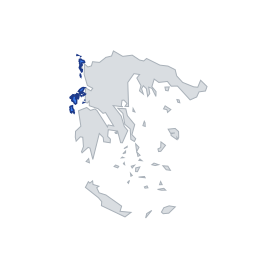 location of Ionion Nison, Ionioi Nisoi, Greece, rotated 33°
{"feature_id": "26713481B82557054028644", "entity_name": "Ionion Nison", "entity_type": "district", "adm_level": 2, "iso_a3": "GRC", "parent_name": "Greece", "parent_adm1": "Ionioi Nisoi", "projection": "orthographic", "projection_center": [20.46, 38.773], "detail": "medium", "context": "in_parent", "style": "filled", "palette": "blue", "viewbox_px": 256, "rotation_deg": 33, "n_neighbors": 0, "source": "geoboundaries", "source_scale": "gbopen_adm2", "svg_char_len": 5386}
<svg xmlns="http://www.w3.org/2000/svg" viewBox="0 0 256 256"><g transform="rotate(33 128 128)"><path d="M162.9,48.4L171.7,50.2L172.8,54.8L167.9,59.0L168.7,64.6L164.8,70.6L146.7,65.9L141.4,69.4L135.7,67.5L129.0,73.0L123.3,72.7L125.5,80.3L131.7,82.2L134.2,86.3L126.4,81.7L123.1,82.5L127.5,87.3L127.3,90.8L122.0,85.0L117.8,84.2L118.0,87.7L122.4,91.2L117.4,90.6L115.8,85.4L108.2,81.3L108.6,76.8L103.4,79.2L103.0,89.9L116.8,109.7L113.7,111.5L113.8,107.9L109.4,106.8L107.9,108.0L108.8,110.0L110.4,113.3L112.2,113.0L103.3,117.3L115.8,121.7L124.0,128.7L129.2,130.3L131.3,143.5L129.8,144.3L120.9,136.2L112.4,140.2L115.5,146.1L119.3,146.9L121.1,150.1L115.1,152.8L112.3,149.4L106.9,148.2L115.6,173.5L107.1,165.6L105.1,166.0L103.0,173.8L101.9,173.2L100.8,167.9L95.1,160.4L92.8,161.4L91.7,167.3L88.8,164.4L85.8,159.3L87.5,152.2L77.1,140.5L82.2,133.3L86.9,133.7L89.9,130.1L92.3,130.2L110.2,138.3L109.7,136.2L114.9,134.1L100.8,127.3L99.0,129.3L92.4,128.1L83.4,130.4L80.8,126.5L80.3,129.2L78.1,129.8L70.5,117.5L76.7,117.0L76.8,113.9L70.7,114.4L62.0,106.9L56.6,98.0L61.1,98.7L63.5,95.8L62.2,91.7L68.4,88.5L71.0,80.8L75.0,76.6L73.8,71.3L84.6,70.8L91.9,64.6L100.7,64.7L104.7,63.2L105.7,59.6L120.5,57.9L127.8,54.3L135.8,53.4L140.5,57.8L149.0,60.0L160.7,57.7L164.3,55.8L162.9,48.4ZM129.4,194.4L135.3,192.7L134.3,195.1L139.1,198.1L146.0,196.2L165.2,197.0L166.7,202.2L176.5,197.1L173.9,204.2L148.0,207.6L146.1,204.1L141.3,202.6L124.6,201.0L124.0,194.6L126.0,195.0L127.1,191.6L129.4,194.4ZM115.7,113.1L120.7,118.0L131.8,121.5L134.9,131.4L140.3,132.8L140.7,135.8L136.6,136.0L130.4,127.6L123.3,126.6L115.7,118.5L108.7,117.0L115.7,113.1ZM172.3,103.4L175.7,108.3L175.9,110.1L174.1,109.2L175.3,111.1L168.2,110.8L167.2,109.5L170.0,106.6L166.5,109.2L162.3,107.1L167.8,102.7L172.3,103.4ZM204.2,180.7L201.8,180.3L201.5,175.3L204.9,170.9L210.6,168.4L208.6,177.2L204.2,180.7ZM168.2,129.7L166.5,131.1L164.5,129.3L166.1,126.6L163.2,121.7L168.9,122.1L168.2,129.7ZM66.8,126.9L70.9,134.6L70.4,136.3L66.0,135.5L64.7,132.5L62.9,133.8L66.8,126.9ZM58.0,104.5L54.5,103.8L50.3,96.6L55.3,96.5L53.8,98.9L58.0,104.5ZM153.9,89.2L152.7,93.4L150.7,91.4L147.4,92.6L147.1,89.2L153.9,89.2ZM182.2,138.3L186.6,140.4L182.8,142.2L177.8,140.7L182.2,138.3ZM141.4,75.0L139.1,76.0L136.7,73.6L140.2,71.1L141.4,75.0ZM69.1,139.6L74.7,144.8L71.5,145.8L67.8,141.4L69.1,139.6ZM159.7,159.5L158.1,160.4L156.2,157.3L159.1,154.2L159.7,159.5ZM147.7,138.2L148.1,143.1L143.0,137.1L147.7,138.2ZM192.8,184.2L191.8,193.9L190.3,189.6L192.8,184.2ZM69.5,123.0L66.6,124.4L69.1,118.2L69.5,123.0ZM114.6,178.2L111.1,178.9L111.7,175.1L114.6,178.2ZM186.2,163.4L190.9,159.1L193.5,159.6L189.9,162.0L186.2,163.4ZM168.0,145.8L168.9,143.3L173.7,142.1L171.2,144.7L168.0,145.8ZM153.8,155.6L153.3,159.3L151.5,158.3L153.8,155.6ZM153.0,144.3L151.8,146.4L148.7,143.4L153.0,144.3ZM141.6,117.3L139.2,117.9L138.0,113.5L139.4,114.3L141.6,117.3ZM157.7,78.6L155.8,79.3L153.5,77.5L155.5,76.6L157.7,78.6ZM141.1,165.2L141.1,167.0L137.3,167.9L137.8,165.8L141.1,165.2ZM169.5,160.4L163.6,163.4L168.2,159.7L169.5,160.4ZM137.8,144.6L135.8,147.5L137.3,143.8L137.8,144.6ZM157.6,147.8L154.8,149.3L154.8,147.5L157.6,147.8ZM177.3,167.3L175.0,169.2L173.8,168.5L175.5,166.2L177.3,167.3ZM187.5,156.9L185.3,158.4L184.5,155.1L187.5,156.9ZM139.5,150.2L137.7,152.4L138.5,148.6L139.5,150.2ZM69.3,127.4L69.4,130.5L67.9,126.7L69.3,127.4ZM157.5,165.5L156.7,166.9L154.7,164.6L157.5,165.5ZM125.1,110.8L123.0,111.4L121.6,108.8L125.1,110.8ZM121.8,138.7L120.3,139.3L119.4,138.7L120.6,137.3L121.8,138.7ZM140.6,155.2L138.7,156.7L139.0,155.4L140.6,155.2ZM157.8,171.1L158.5,174.2L157.2,173.8L157.8,171.1ZM145.2,160.6L143.6,160.5L143.6,159.0L145.2,160.6Z" fill="#d9dde1" stroke="#a8b0b8" stroke-width="1"/><path d="M66.8,126.9L66.3,127.0L66.5,128.9L66.1,128.9L66.5,129.5L66.2,130.0L65.2,130.7L64.5,129.6L63.9,130.1L63.8,129.6L62.7,133.8L63.5,134.5L64.5,134.2L64.2,131.7L64.6,131.4L65.8,134.0L65.0,133.5L65.9,135.6L66.8,135.9L67.8,135.2L69.3,136.4L70.9,136.6L71.4,135.2L69.2,131.8L68.8,131.9L68.9,131.4L68.1,132.1L67.4,130.9L67.9,130.5L67.9,129.7L66.8,126.9ZM54.2,95.5L52.9,96.1L50.8,95.9L49.9,96.9L50.4,97.9L50.9,97.9L50.8,98.7L51.7,98.9L52.0,100.0L53.5,101.1L54.3,104.0L58.6,106.2L58.8,105.7L57.8,103.9L56.9,104.4L55.3,103.2L54.8,100.6L55.3,100.6L55.3,100.0L53.9,99.4L53.7,98.3L55.3,97.4L55.8,96.4L54.2,95.5ZM70.7,141.7L69.3,139.6L67.9,141.3L68.0,142.3L68.9,142.9L69.2,144.0L71.4,146.1L72.3,146.0L71.9,145.0L72.8,144.2L74.7,144.9L74.6,144.3L73.0,143.2L73.0,142.5L70.7,141.7ZM68.9,118.5L69.2,118.1L68.3,118.5L67.4,119.8L66.6,122.1L66.4,124.9L67.3,123.2L68.2,124.4L68.4,123.8L69.0,123.8L69.2,123.0L69.7,123.3L69.5,121.5L69.2,122.0L69.8,120.9L69.7,119.1L69.4,118.4L68.9,118.5ZM69.4,127.8L68.4,126.2L68.3,127.0L67.7,127.0L68.7,129.5L69.4,130.8L70.4,130.5L69.9,128.9L69.3,129.0L69.6,129.4L68.8,129.4L69.4,127.8ZM73.9,122.7L72.8,123.0L72.4,124.4L73.9,123.2L73.9,122.7ZM71.2,122.5L70.0,122.4L69.9,123.1L70.6,123.8L71.2,124.2L70.3,123.2L71.2,122.5ZM60.2,110.4L59.5,109.3L58.8,109.0L59.1,109.9L60.2,110.4ZM46.4,94.3L45.4,94.4L45.6,94.9L46.4,94.3ZM72.9,124.7L73.0,125.0L73.6,123.8L72.9,124.7ZM76.6,128.7L76.5,128.0L76.3,127.8L76.6,128.7ZM71.0,126.6L71.5,126.8L71.5,126.2L71.0,126.6ZM69.6,125.4L69.6,124.8L69.4,124.7L69.3,125.2L69.6,125.4ZM77.0,130.8L76.5,130.9L76.6,131.3L77.0,130.8ZM60.8,111.4L60.6,110.8L60.4,111.0L60.8,111.4ZM49.0,93.5L49.3,93.9L49.4,93.7L49.0,93.5Z" fill="#3b82f6" stroke="#1e3a8a" stroke-width="1.5"/></g></svg>